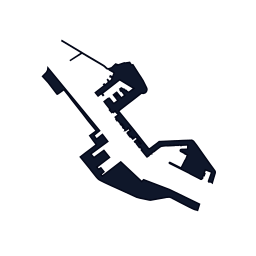 the district of Police Department Port Said Port, Bur Sa`id, Egypt, rotated 289°
{"feature_id": "37247803B70757387881176", "entity_name": "Police Department Port Said Port", "entity_type": "district", "adm_level": 2, "iso_a3": "EGY", "parent_name": "Egypt", "parent_adm1": "Bur Sa`id", "projection": "robinson", "projection_center": [32.315, 31.253], "detail": "fine", "context": "isolated", "style": "filled", "palette": "ink", "viewbox_px": 256, "rotation_deg": 289, "n_neighbors": 0, "source": "geoboundaries", "source_scale": "gbopen_adm2", "svg_char_len": 5740}
<svg xmlns="http://www.w3.org/2000/svg" viewBox="0 0 256 256"><g transform="rotate(289 128 128)"><path d="M177.6,126.9L180.6,123.2L182.0,121.3L189.4,112.0L188.6,110.8L190.6,108.2L188.5,104.2L188.4,103.3L183.8,97.3L184.3,96.5L184.5,96.6L184.5,95.5L182.6,94.5L179.7,93.0L177.8,90.6L177.7,90.2L177.5,89.6L177.5,89.3L177.5,88.9L177.6,88.3L178.5,86.5L178.7,85.9L179.1,84.9L180.0,80.7L183.6,63.1L189.1,37.2L188.8,37.2L184.0,59.9L172.7,51.1L183.9,60.1L182.2,68.1L179.7,80.6L178.8,84.8L178.3,86.1L177.9,87.1L177.4,88.1L177.2,88.6L177.2,89.0L177.2,89.5L177.3,89.9L177.5,90.4L177.5,90.5L176.8,91.5L176.3,94.4L176.0,95.9L175.5,97.0L171.2,96.8L171.2,95.4L171.4,95.4L171.5,94.3L170.6,94.3L170.6,95.4L170.9,95.4L170.9,96.8L167.6,96.6L165.8,95.4L166.5,94.3L166.3,94.2L167.1,93.0L166.9,92.9L166.2,94.1L165.9,93.9L165.3,95.0L161.1,92.3L161.8,91.2L161.3,90.8L160.5,91.9L150.8,85.6L148.5,89.3L152.0,91.6L150.6,93.8L151.1,94.1L152.3,92.3L155.2,94.2L170.9,104.4L167.4,120.7L161.9,117.1L162.6,114.0L162.9,114.0L162.9,113.8L162.7,113.8L163.1,111.8L163.4,111.8L163.4,111.6L163.1,111.5L163.7,108.6L162.2,107.6L161.5,108.8L161.0,108.5L160.5,109.3L161.0,109.7L157.9,114.4L154.2,111.9L158.1,105.7L157.0,104.9L155.3,107.6L154.0,106.8L155.7,104.1L154.6,103.4L152.3,107.0L150.7,109.5L146.5,106.7L146.5,106.4L150.1,100.6L150.1,100.4L149.3,99.9L149.3,99.5L145.2,96.8L143.4,99.4L139.8,105.0L139.0,104.6L137.3,107.6L138.3,108.3L137.9,109.1L139.5,110.2L139.8,110.1L140.1,110.4L139.7,111.0L139.3,110.9L138.4,112.6L138.5,112.8L137.4,114.6L135.4,113.5L135.5,113.3L134.1,112.4L133.6,113.4L133.4,113.3L133.0,113.9L133.3,114.0L133.2,114.2L132.3,113.8L131.3,115.2L132.0,115.7L130.1,118.7L129.4,119.7L130.1,120.4L130.0,120.6L128.9,119.9L128.7,120.3L129.6,121.4L129.4,121.8L128.5,121.2L127.6,122.5L128.3,123.2L127.9,123.6L126.7,123.0L126.3,123.7L126.7,124.1L125.5,126.1L125.2,125.9L125.3,125.9L125.1,125.8L124.9,126.1L125.1,126.2L125.4,126.2L125.1,126.7L126.0,127.2L126.0,127.4L127.4,128.3L127.5,128.2L127.6,128.3L127.9,127.9L128.1,128.1L128.2,128.4L126.3,131.4L125.1,130.6L125.2,130.4L125.4,130.5L125.5,130.3L125.0,130.0L124.9,130.1L125.0,130.3L124.9,130.5L124.0,129.9L124.3,129.4L123.7,129.0L123.5,129.3L123.8,129.6L123.7,129.7L123.3,129.4L123.2,129.6L123.0,130.0L122.8,129.9L123.1,129.3L122.8,129.1L122.0,130.3L122.3,130.5L122.6,130.1L122.8,130.2L122.1,131.2L121.5,130.9L120.2,133.0L121.2,133.7L120.5,134.7L120.3,134.6L120.1,134.9L119.9,134.8L119.7,135.2L120.7,135.8L120.3,136.4L119.3,135.8L119.1,136.1L122.2,138.2L122.5,137.8L121.0,140.5L120.7,140.3L117.7,145.4L116.6,144.7L119.5,140.3L119.4,139.9L117.5,138.7L117.3,138.9L117.1,138.8L116.8,139.3L117.0,139.8L116.2,141.3L115.9,141.1L114.7,142.9L113.2,145.1L114.0,145.7L112.2,148.3L111.5,147.8L106.9,155.2L106.8,155.4L106.9,155.5L108.7,156.8L109.0,156.6L111.3,158.3L111.3,158.6L111.5,158.5L111.9,158.7L112.0,158.6L113.9,159.9L114.2,160.2L114.2,160.3L117.8,162.6L120.7,164.6L121.1,165.0L121.5,165.4L121.7,165.7L122.7,167.7L122.9,167.7L123.0,168.0L122.9,168.0L123.0,168.4L124.1,170.6L123.9,170.7L124.7,172.9L124.8,172.8L125.1,172.9L125.2,173.1L125.4,173.4L125.4,173.6L125.4,174.0L125.2,174.1L126.4,177.2L126.6,177.1L128.1,181.4L128.3,181.3L129.1,183.3L128.6,183.6L128.7,183.9L129.0,183.8L131.4,189.9L131.3,190.1L131.2,190.2L128.1,191.1L127.8,191.1L127.4,190.9L127.2,190.7L127.0,190.4L125.1,185.3L124.9,185.0L124.6,184.8L124.4,184.7L124.1,184.7L123.8,184.7L123.7,184.8L123.4,185.0L123.1,185.2L123.0,185.6L122.8,187.2L123.2,187.3L123.0,188.5L122.6,188.4L122.5,189.0L122.9,189.0L122.7,190.3L122.1,190.2L122.0,191.2L121.9,193.1L115.9,192.7L115.9,192.4L114.2,192.2L107.6,191.3L107.4,191.3L107.4,190.8L107.5,190.8L109.1,178.9L109.1,178.7L108.9,178.5L108.7,178.4L108.4,178.4L108.3,178.5L108.2,178.6L108.1,178.8L105.2,200.7L104.9,201.8L103.9,208.9L103.5,211.8L103.2,213.3L103.2,213.6L103.3,213.9L103.5,214.2L103.8,214.3L104.2,214.3L104.4,214.3L104.5,214.3L104.5,214.5L104.5,214.8L104.8,214.9L105.0,214.9L105.1,214.6L107.7,214.6L107.7,215.5L109.9,215.5L109.9,214.7L113.7,214.7L113.5,221.5L103.9,221.4L103.7,221.5L103.3,222.0L103.5,222.5L103.7,222.9L103.8,223.4L103.9,223.9L103.9,224.4L103.8,224.8L103.7,225.0L103.5,225.6L104.1,225.5L113.7,225.1L114.6,224.9L115.2,224.6L115.5,224.4L115.9,223.9L117.9,221.1L119.2,219.2L120.6,217.2L129.5,204.8L133.9,198.7L135.7,196.0L136.7,194.5L137.0,193.8L137.2,192.8L137.2,192.1L136.9,191.5L134.1,184.1L132.1,179.2L131.0,176.3L125.3,161.9L123.2,160.6L118.5,157.4L117.1,156.5L116.3,155.9L115.6,155.4L115.3,155.0L115.2,154.5L115.2,154.1L119.2,147.9L127.6,134.9L140.9,113.5L142.1,114.3L143.2,114.9L150.1,119.4L156.1,123.4L163.7,128.3L165.3,129.3L165.5,130.1L165.6,130.8L165.8,131.4L166.2,131.9L166.7,132.6L167.6,133.2L168.7,133.5L169.8,133.5L170.8,133.3L171.5,132.9L171.9,132.6L177.6,126.9ZM72.8,220.6L79.3,220.4L83.3,187.3L84.2,159.6L81.8,158.5L93.6,132.2L74.2,119.4L75.3,117.4L78.8,119.5L81.5,115.3L79.4,113.6L80.9,111.2L94.2,120.1L99.0,112.5L88.9,105.4L91.4,101.3L108.7,113.3L113.6,105.9L107.2,101.9L109.9,98.1L116.2,102.1L158.8,32.7L156.5,33.2L154.0,32.8L149.0,30.4L144.9,37.9L137.5,49.0L136.9,50.0L137.3,50.5L141.1,53.3L142.9,54.5L143.1,54.7L143.2,55.1L143.0,55.5L138.7,62.2L136.5,65.4L127.1,80.0L121.9,87.8L115.3,98.5L115.0,98.9L114.6,98.7L108.3,94.3L105.5,98.2L101.9,103.5L95.9,99.5L90.3,95.7L86.3,93.1L85.1,92.3L76.9,105.5L76.1,106.6L73.8,110.2L71.2,114.3L70.3,116.0L70.0,116.7L69.7,117.6L69.4,119.3L69.3,120.1L68.9,123.1L68.6,125.8L68.0,131.5L67.7,135.1L66.8,144.5L65.4,158.7L65.6,161.9L66.1,165.8L66.8,171.3L67.0,172.3L67.1,172.7L67.3,173.1L74.0,185.2L75.0,186.9L75.5,188.1L75.9,189.0L76.1,189.6L76.2,190.0L76.2,191.0L76.1,192.4L75.9,193.2L75.6,195.5L74.6,201.9L73.9,206.9L73.2,211.7L72.7,216.1L72.6,218.3L72.8,219.0L72.8,219.7L72.8,220.6Z" fill="#0f172a" stroke="#020617" stroke-width="1.5"/></g></svg>